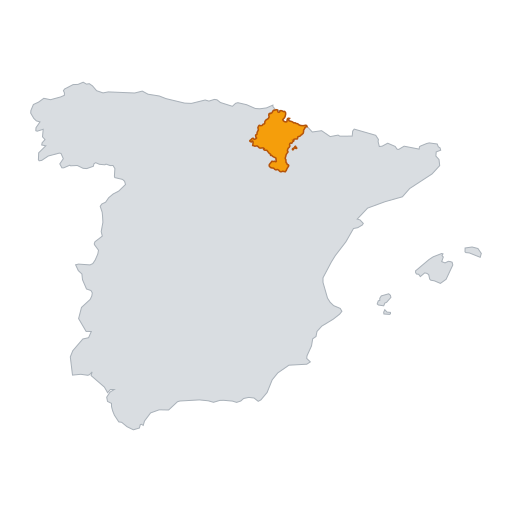 Navarra on a map of Spain (Albers equal-area conic projection)
{"feature_id": "ESP-5837", "entity_name": "Navarra", "entity_type": "Autonomous Community", "adm_level": 1, "iso_a3": "ESP", "parent_name": "Spain", "parent_adm1": "", "projection": "albers", "projection_center": [-1.621, 42.607], "detail": "fine", "context": "in_parent", "style": "filled", "palette": "amber", "viewbox_px": 512, "rotation_deg": 0, "n_neighbors": 0, "source": "natural_earth", "source_scale": "10m", "svg_char_len": 8639}
<svg xmlns="http://www.w3.org/2000/svg" viewBox="0 0 512 512"><path d="M272.9,105.1L272.9,106.6L275.5,109.6L283.3,111.3L285.3,112.5L284.9,116.6L283.0,120.1L284.7,121.6L286.6,121.6L288.9,118.7L289.4,120.6L293.0,122.3L300.9,125.4L306.5,125.8L312.3,132.0L321.6,130.7L330.2,136.6L338.1,135.1L339.9,136.2L352.2,136.1L352.7,131.1L354.2,129.1L375.7,135.3L378.4,139.4L378.1,141.6L379.3,146.5L382.1,146.2L387.7,143.2L395.1,146.4L397.2,149.3L398.7,149.4L404.1,146.2L419.1,149.1L419.5,146.7L420.6,146.0L426.7,143.5L429.2,142.9L437.2,144.0L438.3,146.8L440.0,147.8L440.7,150.2L436.2,151.9L435.9,156.1L439.0,159.5L439.7,165.6L432.1,173.9L409.7,188.5L402.4,196.8L385.3,201.6L367.6,208.1L357.2,219.1L360.0,219.9L363.3,223.4L362.3,225.0L357.7,227.7L353.5,228.5L345.9,241.8L335.3,255.6L331.4,261.9L323.0,277.8L323.0,282.4L327.5,298.1L330.1,302.2L333.6,305.6L340.2,308.4L341.9,311.3L339.7,314.1L333.2,319.2L321.8,326.1L317.0,331.4L316.0,336.5L312.7,338.8L311.5,345.9L307.0,355.8L306.7,358.4L310.3,361.9L306.8,364.2L288.9,365.2L277.8,372.9L272.2,379.8L267.1,392.5L260.9,399.9L258.2,401.3L254.0,398.0L248.7,397.4L243.6,398.5L240.8,401.0L236.6,402.4L232.5,401.1L223.7,400.3L219.8,400.4L213.5,402.3L208.3,400.8L199.4,399.9L180.0,401.0L177.5,401.7L168.6,410.0L159.2,409.8L150.6,412.9L144.5,421.0L143.2,425.4L141.6,424.3L140.3,424.6L139.4,428.0L133.4,429.8L127.0,426.7L121.7,422.3L118.8,421.9L114.4,415.2L112.7,411.0L111.5,406.5L111.5,403.4L107.5,401.4L106.7,397.2L110.0,392.1L114.2,389.5L110.4,389.5L107.6,392.7L104.4,387.1L91.1,375.6L92.1,371.9L89.6,374.6L87.9,375.3L80.8,374.3L72.5,375.1L70.3,356.9L72.8,350.7L82.8,339.0L88.6,337.7L91.3,331.5L86.1,331.4L78.6,318.6L81.5,307.4L90.2,299.4L91.8,296.0L92.3,292.9L90.9,290.5L86.5,289.0L82.5,279.7L81.9,274.0L78.3,270.6L75.6,264.8L78.5,264.1L90.0,264.9L92.8,263.6L95.2,260.0L97.8,254.0L98.5,250.2L94.4,244.6L94.3,243.5L95.0,241.7L102.3,236.1L101.2,231.6L102.9,222.3L102.6,216.8L102.2,212.3L100.2,206.3L101.8,204.0L105.6,202.2L108.7,197.7L113.1,194.0L118.7,191.1L125.5,184.5L124.6,181.3L122.5,179.4L114.8,177.6L114.4,176.2L114.9,168.6L113.0,165.5L110.2,165.6L106.0,164.1L104.9,164.8L99.4,164.3L95.7,162.7L94.0,163.7L93.3,166.3L86.7,168.6L83.1,168.3L77.3,165.5L70.5,165.8L69.8,165.2L63.8,167.8L61.9,167.8L59.8,163.9L63.3,158.7L61.0,153.4L59.3,153.1L48.3,156.0L41.7,160.4L39.2,160.8L38.4,159.8L38.7,152.8L45.8,145.8L41.7,145.0L42.1,142.8L45.0,139.6L42.5,136.8L43.2,129.3L37.2,131.2L35.8,130.7L36.0,127.7L40.0,121.9L36.4,120.9L33.8,118.4L30.7,113.1L30.9,110.5L33.4,104.5L38.6,102.1L43.8,98.3L50.5,99.7L60.8,96.9L64.4,95.3L64.4,92.7L63.4,90.7L64.6,89.0L73.1,84.6L78.0,84.4L83.2,82.2L86.4,84.1L89.3,83.7L92.5,85.9L96.6,90.7L103.0,92.9L108.3,91.9L134.7,93.0L142.3,91.1L148.0,94.2L159.3,96.0L165.9,98.6L184.6,103.1L191.4,103.4L205.2,100.0L208.9,101.1L214.4,99.4L217.0,99.8L220.4,102.5L232.4,106.3L235.6,103.3L237.9,102.7L246.6,104.7L255.3,108.5L259.8,108.8L266.5,107.9L272.9,105.1ZM441.7,261.6L445.0,262.9L448.4,261.3L450.3,261.6L452.1,262.2L452.8,265.0L446.1,279.3L440.4,283.4L434.3,280.8L430.8,280.2L429.7,279.1L428.7,274.7L427.0,273.4L424.7,272.9L420.3,276.6L418.7,274.3L416.5,274.0L415.6,272.6L415.6,270.8L429.2,259.4L433.2,256.8L441.7,253.5L443.0,253.9L442.0,255.6L443.3,257.0L441.7,261.6ZM481.3,253.4L480.2,257.3L469.3,252.9L465.9,252.6L465.0,251.8L465.1,248.0L472.1,247.0L477.9,248.5L481.3,253.4ZM384.9,303.0L383.7,305.8L378.4,305.0L377.2,303.9L378.3,300.8L379.8,300.4L379.8,298.2L381.3,295.9L388.7,293.8L390.4,295.3L390.9,297.4L386.6,302.3L384.9,303.0ZM390.5,313.7L389.7,314.4L383.9,314.0L383.7,312.2L384.8,309.7L387.0,312.1L390.4,312.4L390.5,313.7Z" fill="#d9dde1" stroke="#a8b0b8" stroke-width="1"/><path d="M274.3,110.1L274.4,110.3L274.7,110.2L275.1,110.0L275.8,109.9L276.5,109.7L276.8,109.7L277.4,110.0L277.7,110.2L277.7,110.4L277.6,110.7L277.7,111.1L277.9,111.9L278.1,112.1L278.4,112.2L278.8,112.3L279.2,112.2L279.6,112.0L279.7,111.7L280.0,110.9L280.5,110.6L281.1,110.6L282.1,110.9L283.5,111.6L283.9,111.6L284.2,111.4L284.6,111.4L285.5,112.4L285.7,114.0L285.3,115.8L284.8,117.2L284.4,117.8L283.1,119.2L282.8,119.6L283.2,120.6L283.8,121.2L284.5,121.6L285.3,121.9L286.2,121.9L286.8,121.7L287.0,121.1L287.1,120.0L287.3,119.1L287.9,118.4L288.6,118.2L289.4,118.4L288.7,119.0L288.4,119.5L288.6,120.1L289.1,120.8L289.7,121.1L291.6,121.5L292.8,122.1L293.8,122.9L295.0,122.8L295.3,122.9L295.9,123.3L296.1,123.5L297.2,123.6L297.8,123.8L298.2,124.2L299.3,125.1L300.6,125.5L303.2,125.7L305.7,125.2L306.6,125.5L307.0,126.7L306.2,126.7L305.1,127.4L304.8,127.7L304.7,128.1L304.8,128.4L304.6,128.6L303.8,129.8L303.6,130.2L303.6,130.6L303.6,131.3L303.4,132.6L303.1,133.4L302.8,133.7L302.4,133.9L302.2,134.1L301.9,134.6L301.2,134.9L300.4,135.8L300.0,136.1L299.5,136.3L298.0,136.7L297.8,137.0L297.7,137.3L297.7,137.6L297.7,137.9L297.5,138.5L297.4,138.8L297.0,139.0L296.3,139.0L296.0,138.9L294.1,139.2L293.9,139.4L293.8,139.7L293.8,140.0L293.7,140.2L293.4,140.4L293.2,140.4L293.3,140.5L293.8,140.8L293.6,141.2L292.8,141.7L292.4,142.1L292.2,142.5L292.1,142.9L291.9,143.1L291.6,143.2L291.4,143.3L290.8,143.1L290.4,143.1L290.2,143.3L289.9,143.6L289.7,144.1L289.6,144.4L289.5,144.8L289.6,145.0L289.7,145.3L289.8,145.6L289.9,146.0L289.7,146.5L289.2,147.3L288.3,148.1L287.7,149.3L287.5,150.1L287.4,150.5L287.4,150.9L287.5,151.2L287.8,151.3L287.9,151.5L288.0,151.8L287.9,152.2L286.9,153.4L286.3,154.4L286.1,155.0L285.9,155.4L285.9,155.8L285.7,156.5L285.6,156.9L285.4,157.5L285.2,158.0L285.2,158.3L285.3,158.6L285.4,159.0L285.6,159.2L285.8,159.5L285.9,159.8L285.9,160.2L285.9,161.1L286.0,161.5L286.0,162.1L286.0,162.4L286.2,162.7L286.7,163.1L286.8,163.4L287.0,163.7L287.0,164.0L287.2,164.3L287.4,164.5L287.7,164.7L288.0,164.8L288.3,164.8L288.5,165.0L288.7,165.3L288.6,166.1L288.4,166.5L287.7,167.5L287.1,168.5L286.6,169.5L286.4,169.9L286.4,170.3L286.0,170.8L285.7,171.1L285.5,171.5L285.3,171.7L285.2,171.8L284.9,171.7L284.3,171.6L284.0,171.6L283.0,171.2L282.8,171.2L282.6,171.3L282.4,171.3L281.9,171.6L281.3,171.7L280.9,171.8L280.6,171.7L280.0,171.5L279.5,171.1L279.3,170.9L278.9,170.4L278.7,170.1L278.4,170.0L277.9,169.7L277.3,169.5L277.0,169.5L276.4,169.8L276.0,169.9L275.7,169.8L275.1,169.5L274.8,169.4L274.5,169.1L274.1,168.6L273.9,168.4L273.6,168.2L273.3,168.1L272.1,168.0L271.8,168.0L271.4,167.8L271.3,167.7L271.2,167.7L270.8,167.7L269.6,166.6L269.3,166.2L269.2,165.7L269.2,165.3L269.2,165.0L269.3,164.7L269.4,164.4L270.7,162.8L271.2,162.3L271.4,162.1L271.5,161.8L271.6,161.5L271.8,161.3L272.1,161.2L272.4,161.3L272.8,161.5L273.1,161.6L273.4,161.5L274.1,161.3L274.4,161.2L274.7,161.4L275.4,161.7L275.8,161.7L276.1,161.6L276.3,161.4L276.3,161.1L276.2,160.8L276.1,160.4L276.1,160.1L276.2,159.9L276.2,159.7L275.9,159.1L276.0,158.2L275.0,157.5L274.3,157.3L272.7,156.4L271.9,155.6L271.6,155.4L271.4,155.4L270.9,155.5L270.7,155.4L270.5,155.1L270.5,154.8L270.6,154.4L270.5,154.2L269.2,153.3L266.8,150.3L264.9,150.2L264.2,150.0L263.7,149.3L263.9,149.2L264.0,148.9L264.2,148.7L263.5,148.0L262.6,147.9L260.4,148.1L259.7,148.0L259.3,147.8L258.9,147.5L258.5,147.0L258.2,146.7L257.2,146.0L256.9,145.9L254.8,146.2L253.4,145.6L252.7,145.5L252.8,144.9L253.1,142.5L253.0,141.7L252.9,141.4L252.7,141.1L252.2,141.0L251.6,141.9L251.3,142.0L251.0,141.9L250.5,141.6L250.3,141.5L250.0,141.4L249.9,141.1L249.8,140.8L249.9,140.5L250.4,140.1L250.7,139.9L251.3,139.4L251.7,138.9L252.4,138.4L252.7,138.3L253.0,138.3L253.3,138.3L253.6,138.6L253.9,139.1L254.1,139.3L254.7,139.3L255.0,139.2L255.3,139.0L256.3,138.4L256.5,138.2L256.5,137.8L256.4,137.5L256.0,137.4L255.9,137.3L255.6,135.6L255.6,135.2L255.9,134.8L256.8,134.5L256.9,134.3L257.0,133.9L257.0,133.1L257.1,132.5L257.5,131.5L258.2,130.3L258.3,129.9L258.3,129.5L257.9,127.6L258.4,126.6L258.4,126.3L258.6,126.1L258.8,125.8L259.1,125.4L259.6,125.3L260.2,125.6L260.4,125.7L261.1,125.6L261.4,125.6L261.8,125.6L262.1,125.4L262.4,125.2L263.0,124.3L263.4,124.1L264.3,123.9L264.5,123.7L264.8,123.0L264.8,122.7L264.8,122.3L264.8,122.0L264.9,121.6L265.2,121.0L265.7,120.2L267.3,119.1L267.8,118.9L268.2,118.5L268.5,118.1L269.0,117.2L269.1,116.7L269.0,116.3L268.9,116.0L268.8,115.7L268.8,115.0L268.8,114.7L269.1,113.7L269.3,113.6L269.8,113.8L270.1,113.7L270.1,113.2L270.3,113.1L270.6,113.2L270.8,113.3L271.1,113.3L271.6,113.0L272.0,112.6L272.5,111.8L273.0,110.9L273.3,110.6L273.5,110.3L274.3,110.1L274.3,110.1ZM295.4,146.2L295.6,146.3L295.7,146.6L295.8,147.1L296.1,147.3L296.4,147.6L296.7,147.9L296.7,148.3L296.4,148.5L296.0,148.4L295.3,148.3L294.8,148.1L294.5,147.8L294.5,147.4L294.7,147.0L294.8,146.7L295.2,146.3L295.4,146.2ZM293.5,148.1L293.7,148.3L293.7,148.8L293.5,149.4L293.1,149.8L292.6,149.8L292.4,149.4L292.5,148.8L292.8,148.6L293.2,148.3L293.5,148.1Z" fill="#f59e0b" stroke="#b45309" stroke-width="1.5"/></svg>